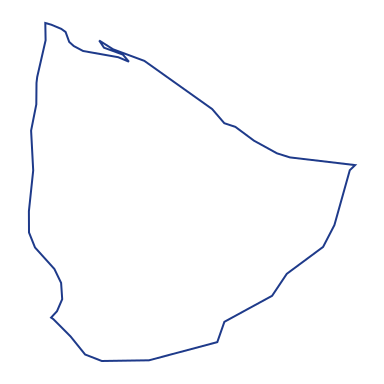 an SVG outline of An Nuqat al Khams
{"feature_id": "LBY-2974", "entity_name": "An Nuqat al Khams", "entity_type": "Municipality", "adm_level": 1, "iso_a3": "LBY", "parent_name": "Libya", "parent_adm1": "", "projection": "equal_earth", "projection_center": [11.821, 32.743], "detail": "fine", "context": "isolated", "style": "outline", "palette": "blue", "viewbox_px": 384, "rotation_deg": 0, "n_neighbors": 0, "source": "natural_earth", "source_scale": "10m", "svg_char_len": 672}
<svg xmlns="http://www.w3.org/2000/svg" viewBox="0 0 384 384"><path d="M51.1,317.6L57.0,311.2L62.2,299.2L61.1,282.9L54.4,269.0L35.0,247.5L29.0,232.5L28.9,211.2L33.2,170.5L31.1,130.6L36.3,104.4L36.5,82.9L37.2,77.0L45.6,40.3L45.3,23.0L51.3,24.7L61.3,28.9L65.6,32.0L69.2,41.9L73.7,46.0L83.1,51.0L118.2,57.2L128.9,61.7L122.9,54.6L104.0,47.7L99.2,40.5L113.1,49.3L144.4,60.9L212.2,109.1L224.3,123.2L235.4,126.9L254.0,140.7L276.9,153.3L289.9,157.4L355.1,165.1L349.8,170.2L334.4,225.1L323.1,246.9L286.8,273.8L272.1,295.8L249.5,308.1L224.4,321.8L217.3,342.1L149.0,360.3L101.8,361.0L85.1,354.5L70.6,336.5L53.3,319.1L51.1,317.6Z" fill="none" stroke="#1e3a8a" stroke-width="2"/></svg>